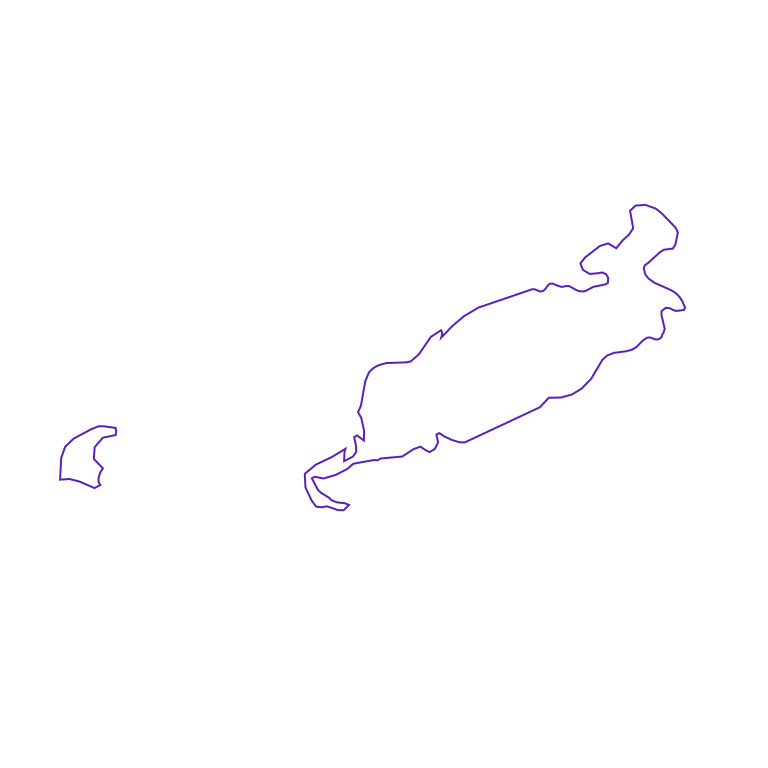 the Province of Manus, rotated 152°
{"feature_id": "PNG-1251", "entity_name": "Manus", "entity_type": "Province", "adm_level": 1, "iso_a3": "PNG", "parent_name": "Papua New Guinea", "parent_adm1": "", "projection": "orthographic", "projection_center": [147.059, -2.147], "detail": "fine", "context": "isolated", "style": "outline", "palette": "violet", "viewbox_px": 768, "rotation_deg": 152, "n_neighbors": 0, "source": "natural_earth", "source_scale": "10m", "svg_char_len": 2265}
<svg xmlns="http://www.w3.org/2000/svg" viewBox="0 0 768 768"><g transform="rotate(152 384 384)"><path d="M496.9,304.5L501.4,307.5L502.6,314.7L501.9,329.6L496.1,341.9L482.1,344.8L464.6,344.0L448.5,344.9L450.9,342.4L455.4,334.6L445.5,334.5L440.4,337.1L437.7,342.7L435.2,351.2L431.9,351.2L428.3,343.6L423.6,351.8L420.0,364.7L420.1,371.4L414.5,375.7L399.1,395.4L391.7,401.4L386.5,402.9L382.2,403.2L377.8,402.7L372.1,401.4L354.3,392.7L350.0,391.4L339.3,393.8L320.5,403.6L308.4,404.7L308.4,402.5L309.1,401.0L311.7,398.1L296.2,403.2L281.1,406.4L264.5,407.1L208.8,398.1L206.5,396.9L202.8,392.4L200.2,391.4L197.3,392.0L192.8,394.2L190.4,394.7L187.6,393.2L184.9,389.7L181.5,386.3L176.8,384.8L174.4,383.4L170.2,376.8L168.3,374.5L164.9,372.3L162.6,371.5L153.6,371.5L141.7,368.0L138.8,368.2L136.2,372.5L136.4,376.8L139.1,380.1L143.5,381.5L150.7,384.6L154.8,391.4L154.0,398.3L146.8,401.4L128.6,404.5L120.1,402.9L115.2,394.8L106.1,398.7L97.4,400.9L90.9,404.5L85.4,421.5L78.1,423.4L69.3,419.6L61.8,411.4L58.8,404.7L53.1,385.1L53.4,379.9L61.0,370.6L65.3,367.9L73.7,371.1L78.7,370.8L94.2,366.8L97.9,366.4L100.3,364.3L101.9,357.9L100.9,352.9L97.8,346.6L86.4,332.0L83.8,327.4L82.2,322.2L81.7,316.4L82.4,310.0L84.5,308.6L91.9,311.4L93.7,313.3L96.0,316.6L99.4,319.0L104.9,318.0L106.7,314.3L110.3,300.8L113.5,297.8L115.0,297.2L115.8,296.1L117.2,295.0L120.0,294.5L122.9,295.5L127.4,300.3L130.1,301.4L135.4,300.8L143.4,298.2L148.5,297.8L154.5,299.1L166.3,303.5L173.5,304.4L179.7,302.9L198.6,291.4L211.4,287.2L223.1,286.5L234.1,289.0L245.0,294.5L257.3,290.3L339.9,294.5L344.5,296.9L350.2,302.6L355.3,309.3L358.2,314.7L361.5,314.7L363.7,307.0L369.6,302.8L375.6,302.4L378.4,306.2L381.3,311.6L388.3,312.6L402.0,311.4L421.9,319.8L425.5,319.6L428.6,321.6L448.5,328.0L456.3,326.2L469.3,326.4L481.8,329.0L488.6,334.6L492.0,334.6L492.0,321.3L490.5,317.1L486.0,309.6L485.0,306.2L481.3,301.7L474.6,297.2L471.7,293.6L478.9,291.5L483.8,294.2L491.7,302.7L496.9,304.5ZM688.4,428.0L699.0,441.2L706.4,447.8L714.9,451.6L703.7,470.3L694.9,478.3L683.4,481.5L663.3,481.5L656.0,480.7L651.5,478.4L641.6,471.2L642.7,467.9L643.6,466.6L644.9,464.9L657.5,468.6L669.1,464.1L675.4,454.1L671.8,441.6L676.2,439.0L679.9,435.3L682.1,431.5L681.8,428.0L688.4,428.0Z" fill="none" stroke="#5b21b6" stroke-width="2"/></g></svg>